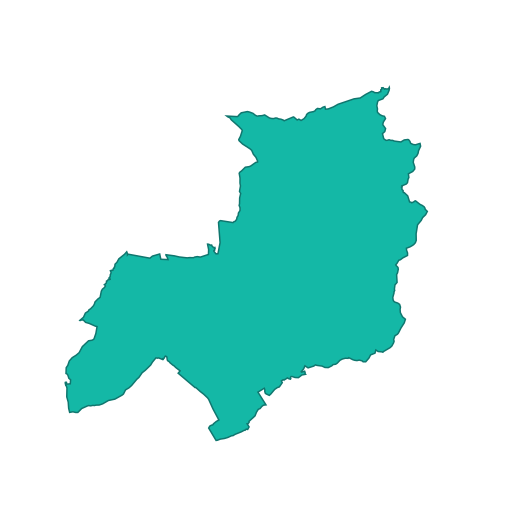 Matasari, Gorj, Romania, rotated 103°
{"feature_id": "2599482B45597457820399", "entity_name": "Matasari", "entity_type": "district", "adm_level": 2, "iso_a3": "ROU", "parent_name": "Romania", "parent_adm1": "Gorj", "projection": "mercator", "projection_center": [23.06, 44.852], "detail": "fine", "context": "isolated", "style": "filled", "palette": "teal", "viewbox_px": 512, "rotation_deg": 103, "n_neighbors": 0, "source": "geoboundaries", "source_scale": "gbopen_adm2", "svg_char_len": 6121}
<svg xmlns="http://www.w3.org/2000/svg" viewBox="0 0 512 512"><g transform="rotate(103 256 256)"><path d="M450.3,402.4L449.0,399.4L449.0,396.3L448.5,394.4L443.8,391.5L440.0,386.5L439.4,385.5L439.2,383.4L438.2,381.3L438.1,379.9L437.3,378.4L436.5,375.3L434.5,372.1L430.0,367.3L427.2,361.3L421.7,355.2L420.3,354.1L415.8,353.0L413.0,350.1L410.2,348.1L402.9,344.4L400.7,342.8L395.4,340.7L392.3,338.2L385.9,334.1L382.8,333.1L377.8,330.6L377.7,329.0L377.2,328.0L377.9,323.4L377.5,323.1L376.9,323.6L376.2,322.5L374.3,322.1L373.8,321.5L374.5,320.1L377.2,319.1L377.9,318.5L378.7,316.4L379.3,315.9L381.1,312.3L381.5,311.0L382.6,309.3L385.0,304.1L387.7,305.5L397.9,285.8L397.7,285.0L400.6,279.8L402.4,275.9L405.1,271.3L406.3,269.9L414.7,263.5L424.1,255.3L426.2,257.5L429.2,259.8L429.6,259.7L430.5,260.4L430.8,261.3L432.2,262.8L434.3,263.4L444.7,253.4L444.1,252.0L442.5,249.7L440.9,245.7L439.2,242.7L436.6,239.3L436.2,238.0L434.5,236.3L430.6,230.7L428.4,228.2L428.3,227.5L427.0,226.7L426.8,226.3L427.0,225.5L426.9,225.1L424.1,224.3L421.5,226.9L421.1,226.0L419.6,225.3L418.7,225.6L412.0,221.0L408.1,220.4L404.9,219.3L403.7,217.7L401.3,216.5L399.7,215.2L398.8,212.8L388.2,223.5L383.0,218.2L384.1,217.4L386.2,216.9L387.7,216.0L388.1,215.1L388.8,211.7L387.1,210.5L381.8,207.8L379.4,205.6L378.3,203.8L373.5,201.9L372.0,203.2L370.6,201.9L370.4,201.4L370.6,200.9L370.2,200.9L369.7,199.8L367.7,198.0L368.2,196.5L368.3,194.8L367.7,194.5L366.8,195.1L365.6,194.8L365.3,193.6L365.6,190.6L365.0,187.3L361.6,184.5L360.1,181.1L359.5,181.8L358.6,181.9L357.3,182.7L358.7,184.9L358.9,185.5L358.6,185.9L355.3,184.2L352.0,183.6L353.3,180.1L350.3,175.0L348.7,173.5L348.9,172.1L348.4,166.9L349.1,163.8L348.5,160.5L345.9,157.4L344.5,156.5L343.5,154.0L342.1,152.7L338.7,150.7L336.9,148.6L335.5,145.9L335.0,143.2L334.2,142.8L335.3,138.1L335.4,136.3L335.2,134.1L334.2,132.0L334.3,129.1L335.0,127.8L334.4,125.3L330.1,123.0L326.6,122.1L323.9,118.2L320.6,118.1L321.6,115.5L321.1,111.9L321.2,110.7L320.6,110.5L315.1,104.7L313.2,103.4L309.6,102.4L307.9,102.3L306.4,103.1L302.5,102.7L300.4,100.6L299.0,99.9L293.7,98.6L287.8,96.5L284.0,96.2L282.3,99.6L278.7,102.6L275.6,103.6L273.3,103.7L270.8,105.2L270.0,107.2L269.6,110.7L268.9,111.8L268.0,112.5L265.6,113.4L260.9,113.2L260.0,113.5L258.4,113.1L257.1,113.7L252.9,114.1L250.0,112.6L242.5,114.8L240.5,114.3L236.9,114.4L235.2,115.1L233.7,117.4L233.1,117.8L231.5,117.0L228.0,115.9L227.1,114.4L224.9,112.6L221.4,108.5L219.0,109.0L216.5,110.6L214.6,111.2L212.3,107.8L210.5,105.9L209.4,104.9L207.2,103.7L204.7,103.4L198.3,105.0L189.3,105.6L184.1,103.0L181.1,102.3L177.6,100.0L174.0,99.1L172.4,101.7L171.4,102.1L170.2,103.3L169.3,105.5L168.8,107.8L166.4,112.9L166.5,113.4L167.9,114.6L169.1,116.2L168.7,117.2L168.8,118.5L163.3,121.7L160.9,125.8L161.0,126.6L160.4,127.1L159.1,127.4L158.3,128.8L156.3,129.2L156.1,129.7L155.2,129.2L154.8,129.6L152.1,125.8L150.5,124.9L146.8,125.1L145.2,124.7L141.6,126.0L138.4,122.3L135.6,120.9L133.6,121.3L129.3,123.9L126.2,124.1L124.9,123.8L122.3,121.9L119.6,121.2L116.9,121.3L112.0,120.3L109.4,121.5L111.8,125.7L112.0,127.9L111.4,130.7L109.7,131.8L108.4,133.4L108.3,134.2L109.6,137.7L112.3,140.5L112.9,147.0L112.6,149.0L113.0,150.6L112.8,152.5L113.7,154.0L114.1,155.4L113.0,157.9L108.3,160.3L105.8,158.5L102.7,158.4L99.7,161.8L98.9,162.1L96.7,162.0L93.0,160.7L91.0,162.3L91.0,164.5L90.4,167.1L88.7,169.9L87.4,170.5L85.4,170.7L82.4,172.1L78.5,172.2L77.0,171.8L74.3,167.7L72.2,166.9L68.8,164.3L64.8,163.6L62.6,163.7L61.7,164.1L63.3,164.5L63.9,166.3L64.0,167.8L64.5,168.4L63.4,170.0L63.9,171.4L65.3,171.0L66.0,171.8L67.8,171.4L68.5,172.9L69.4,173.2L70.2,177.3L69.7,178.1L69.5,180.4L74.0,185.6L78.6,190.0L80.8,195.8L89.7,210.2L93.3,214.1L96.5,218.8L97.3,221.3L94.9,222.5L95.9,224.2L98.1,226.3L98.4,229.3L100.0,230.7L101.1,231.0L102.4,232.5L104.0,236.1L105.2,237.5L106.7,238.5L108.5,238.7L111.4,240.1L113.8,242.6L113.0,245.0L114.2,246.5L112.2,250.2L112.1,250.9L117.9,259.0L117.4,260.1L117.1,262.5L117.3,264.8L116.9,266.6L117.1,267.9L118.2,269.9L118.5,271.9L118.5,273.9L116.6,279.3L117.9,281.7L118.8,284.8L119.3,285.7L119.4,286.6L119.0,288.3L117.7,291.0L117.2,294.6L117.2,296.9L119.8,302.6L122.2,304.2L123.7,304.9L124.4,305.6L126.2,316.0L126.8,314.7L127.2,312.5L128.9,310.7L133.8,301.7L136.0,298.3L136.9,297.6L143.0,298.1L146.4,299.0L147.4,298.5L149.9,294.3L152.9,286.0L154.0,284.0L157.5,281.4L159.9,278.2L163.0,275.9L164.1,275.6L164.9,277.3L169.7,281.6L170.5,282.9L171.9,286.4L176.8,289.5L177.3,290.2L179.1,291.0L183.7,289.1L188.6,288.0L191.2,286.9L196.8,286.6L198.5,285.0L203.1,285.0L208.8,283.8L210.5,283.8L212.6,282.4L215.3,281.8L218.1,282.8L220.6,282.5L222.5,283.2L224.6,283.1L226.9,284.1L227.4,285.1L228.6,285.9L229.5,298.5L230.1,299.4L231.7,300.1L251.1,294.0L262.4,293.6L262.9,295.5L260.8,298.2L260.2,298.3L259.7,297.6L258.5,297.9L258.1,297.5L256.9,298.0L257.4,299.1L256.0,301.3L255.3,301.7L255.7,303.0L255.3,304.0L255.2,305.6L255.3,305.9L260.4,303.6L265.2,302.7L269.6,310.0L269.8,313.1L270.9,315.6L271.7,316.5L272.6,320.7L273.3,322.6L274.2,330.6L274.2,335.5L275.0,344.0L275.7,343.8L277.1,342.3L279.3,340.9L280.6,348.0L275.7,350.3L279.4,356.9L282.0,358.9L283.0,381.0L283.9,381.5L282.6,381.8L281.0,382.9L283.9,384.5L289.6,389.0L293.5,390.1L295.7,391.5L298.3,391.2L299.0,391.7L299.6,391.4L300.5,392.2L302.2,392.3L302.5,393.8L303.2,394.6L304.2,393.6L305.9,393.5L307.3,393.8L308.6,393.4L310.1,394.1L310.2,393.6L311.4,393.0L311.4,393.5L311.9,393.6L311.7,394.5L313.7,395.3L314.0,396.0L316.1,395.8L318.1,397.3L318.4,396.5L319.2,396.0L320.8,396.6L322.9,398.2L325.0,398.8L331.4,398.6L333.3,400.3L336.9,402.5L339.4,402.7L341.3,403.3L344.8,405.4L345.9,406.6L347.5,407.0L350.0,409.4L354.5,410.3L358.4,413.2L358.5,412.9L357.8,412.1L357.2,409.9L359.0,407.1L359.2,403.4L360.5,396.7L360.5,395.0L367.5,394.6L373.3,395.2L374.8,396.5L376.3,400.1L383.3,404.8L390.0,406.6L393.1,408.9L396.4,412.2L400.3,414.3L405.0,414.8L407.5,415.8L413.2,414.7L413.2,414.1L414.3,412.6L417.3,410.8L418.3,408.8L422.3,408.2L423.3,411.1L423.1,411.6L421.7,412.3L421.9,413.3L422.5,413.4L424.8,412.3L424.7,412.0L427.1,410.5L435.8,408.7L440.6,406.1L446.5,404.3L450.3,402.4Z" fill="#14b8a6" stroke="#0f766e" stroke-width="1.5"/></g></svg>